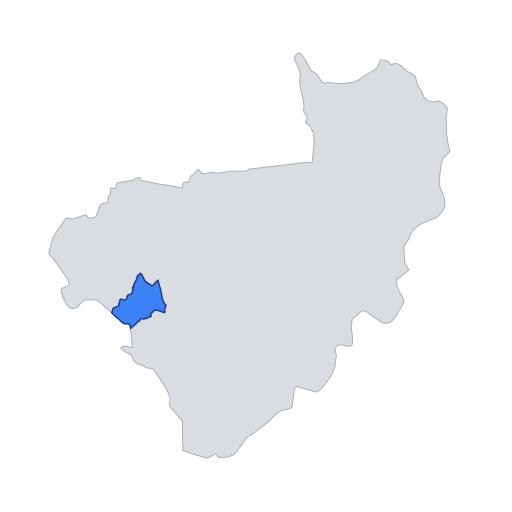 location of Komondjari within Burkina Faso, rotated 174°
{"feature_id": "BFA-2875", "entity_name": "Komondjari", "entity_type": "Province", "adm_level": 1, "iso_a3": "BFA", "parent_name": "Burkina Faso", "parent_adm1": "", "projection": "equal_earth", "projection_center": [0.776, 12.701], "detail": "fine", "context": "in_parent", "style": "filled", "palette": "blue", "viewbox_px": 512, "rotation_deg": 174, "n_neighbors": 0, "source": "natural_earth", "source_scale": "10m", "svg_char_len": 4567}
<svg xmlns="http://www.w3.org/2000/svg" viewBox="0 0 512 512"><g transform="rotate(174 256 256)"><path d="M384.5,343.4L371.1,344.1L366.2,346.0L363.3,346.1L363.2,344.4L362.9,343.5L346.0,338.0L334.1,334.8L322.1,331.2L321.5,334.6L319.7,336.8L317.1,336.9L315.3,336.4L314.1,339.0L312.1,342.4L309.3,344.1L306.6,346.2L305.1,348.0L304.0,348.0L301.2,343.7L297.6,343.2L290.7,344.0L287.7,342.8L283.5,342.2L273.6,343.1L257.8,341.3L255.2,342.3L254.5,343.1L238.9,343.3L221.6,343.5L207.2,343.7L194.6,343.9L194.6,343.1L190.6,343.0L190.1,344.5L186.5,362.0L186.0,371.5L187.9,377.4L190.0,381.1L192.4,382.7L192.6,384.8L190.7,387.5L190.9,390.3L193.1,393.2L193.6,396.3L192.5,399.5L192.7,407.1L194.4,419.3L194.4,427.2L192.8,430.8L193.5,436.9L196.6,445.6L197.1,449.3L196.0,451.0L193.4,453.3L190.8,453.2L187.8,448.0L186.4,445.6L184.0,440.3L181.9,434.9L179.1,432.5L176.4,430.3L173.0,423.5L169.7,420.3L166.3,421.2L161.3,419.9L151.1,418.3L140.2,418.8L135.7,420.3L131.2,422.8L119.8,428.3L115.3,431.0L111.9,437.8L108.1,437.6L104.2,435.4L101.8,432.3L96.6,433.0L91.7,430.0L86.9,424.1L83.3,422.1L78.8,417.9L77.6,409.7L74.8,404.0L72.2,396.0L68.3,392.4L63.8,390.6L57.5,390.9L53.4,387.8L50.2,383.1L51.1,379.1L52.6,373.4L52.8,367.8L53.8,358.9L53.3,347.7L52.3,339.9L55.7,336.7L59.7,333.8L62.2,328.5L64.9,316.6L66.1,306.4L65.3,302.6L64.0,299.6L63.0,295.1L62.4,289.7L63.2,285.0L66.2,280.7L70.0,277.0L72.7,275.3L79.8,273.5L88.7,270.7L93.9,267.7L97.6,264.6L99.8,262.2L101.9,257.2L105.4,253.3L108.1,249.4L108.5,238.6L108.5,232.4L106.6,229.0L105.5,226.1L118.7,217.6L118.9,211.6L117.1,204.9L114.5,199.6L113.6,194.9L117.3,189.5L120.6,185.4L122.9,181.9L128.1,176.6L133.5,175.2L138.4,177.2L152.7,189.7L155.1,190.5L158.1,189.5L162.0,186.2L166.9,183.6L168.7,175.3L168.6,163.0L169.8,157.3L172.4,156.3L180.6,158.7L182.8,158.8L185.2,158.0L187.0,155.9L186.9,151.9L186.5,148.4L189.3,137.0L194.3,128.4L204.2,117.7L207.3,115.6L211.0,114.5L228.7,121.9L231.6,120.0L236.0,101.8L240.9,100.1L246.6,99.8L250.4,98.2L252.4,97.0L260.8,90.1L275.8,80.7L283.8,76.6L285.4,75.1L291.1,68.4L298.8,60.8L303.6,59.3L310.3,58.7L314.6,60.0L315.7,62.1L317.1,63.2L325.8,60.0L338.4,65.2L349.2,70.2L348.5,73.5L348.4,79.2L347.5,88.2L346.4,99.0L350.9,106.0L356.3,113.5L357.7,116.5L356.3,123.9L357.3,128.3L360.1,135.5L364.9,144.7L369.9,154.2L373.3,155.5L376.6,156.2L378.6,157.9L381.5,159.6L384.3,160.6L386.9,162.7L388.5,164.8L390.6,170.6L396.2,174.5L400.1,178.3L398.5,180.2L393.6,179.5L389.0,177.8L388.4,180.6L388.2,191.3L389.0,200.3L390.1,201.5L394.7,203.1L405.6,214.8L415.6,225.8L418.9,228.6L424.4,229.7L430.6,230.2L433.2,229.2L439.2,223.6L442.4,223.0L445.3,223.2L446.9,224.0L449.8,228.6L452.5,235.4L453.3,240.5L453.0,243.2L452.1,244.2L447.2,245.5L445.1,246.5L444.6,248.0L445.3,251.4L446.3,253.6L451.6,263.5L459.4,276.8L461.8,280.2L460.4,284.2L456.5,294.6L453.6,298.9L440.6,313.6L434.2,311.9L420.9,314.9L418.8,311.5L415.7,311.0L411.8,311.6L410.4,312.9L410.0,314.4L408.6,316.4L406.2,322.3L404.3,323.7L401.9,324.6L399.0,324.5L397.3,325.3L397.2,328.2L396.7,330.7L394.8,332.0L393.9,334.8L394.1,337.6L392.9,338.8L390.4,338.1L388.9,337.4L387.5,341.0L385.8,343.4L384.5,343.4Z" fill="#d9dde1" stroke="#a8b0b8" stroke-width="1"/><path d="M388.2,197.2L388.2,198.5L388.3,199.8L388.8,201.0L390.3,202.0L394.0,202.4L395.5,203.5L398.5,206.8L401.6,210.2L405.4,214.5L403.6,219.0L403.2,219.2L402.2,219.3L400.1,220.0L398.4,220.3L397.8,220.6L397.6,221.5L397.5,222.6L397.0,223.2L396.6,224.1L396.4,225.4L395.8,226.6L395.0,227.2L394.3,227.1L393.9,227.0L393.6,226.9L392.8,226.6L392.0,226.0L391.0,226.0L390.3,226.2L389.6,226.5L389.0,227.6L388.4,229.2L387.5,230.5L386.5,230.9L385.4,231.0L384.2,231.3L383.5,231.8L383.0,232.5L382.2,235.0L382.1,236.4L382.1,237.6L381.7,237.9L381.3,237.8L381.0,237.7L380.7,238.7L380.6,240.3L379.7,241.6L379.3,242.6L378.4,242.9L378.3,243.6L378.0,244.1L377.3,244.6L377.2,245.4L377.2,246.4L376.9,246.9L376.3,247.5L375.9,248.7L375.4,249.3L374.7,249.3L374.1,249.5L373.7,250.1L372.9,250.9L371.7,250.0L369.3,243.4L368.6,242.3L362.6,237.2L361.4,237.7L357.5,241.2L356.4,241.8L355.9,242.0L355.9,240.4L354.5,233.2L353.4,221.8L352.0,218.3L350.6,216.5L351.0,215.5L352.1,213.8L352.4,211.6L352.3,210.1L352.7,209.4L354.2,209.5L355.3,210.5L356.5,210.8L358.2,211.7L359.7,212.3L361.1,212.4L362.4,212.7L363.5,212.0L364.4,211.1L365.3,210.5L366.3,210.1L366.8,209.2L366.6,208.1L366.6,207.3L366.8,206.8L367.3,206.5L367.6,206.4L368.4,206.7L369.7,206.3L370.9,205.3L372.3,205.7L374.1,204.9L375.4,205.6L376.9,205.8L378.1,204.5L379.1,203.1L380.5,203.2L381.5,202.3L382.5,201.2L387.2,197.8L388.1,197.2L388.2,197.2Z" fill="#3b82f6" stroke="#1e3a8a" stroke-width="1.5"/></g></svg>